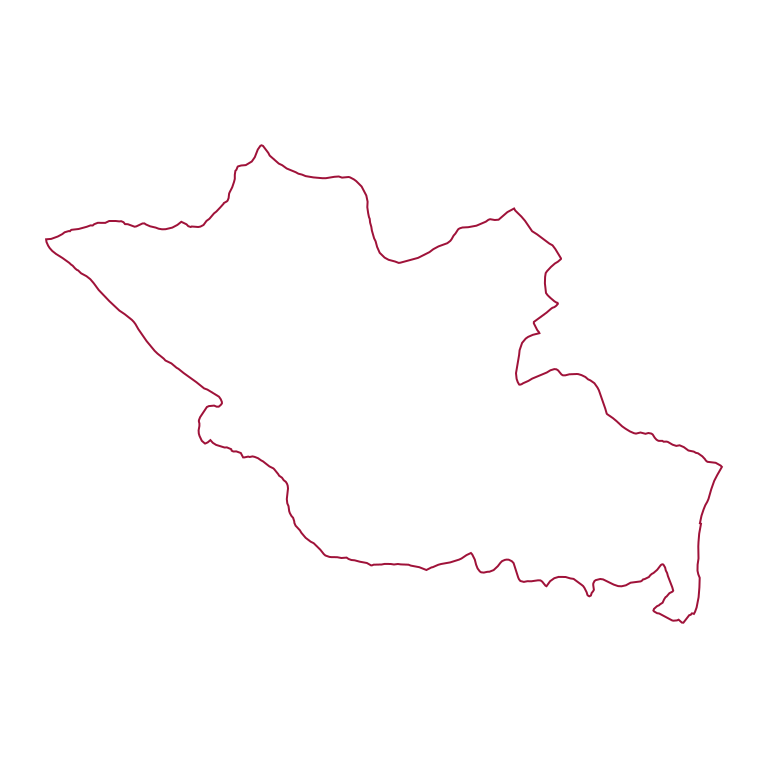 outline of Kerkebet, Anseba, Eritrea
{"feature_id": "51966322B98400180511849", "entity_name": "Kerkebet", "entity_type": "district", "adm_level": 2, "iso_a3": "ERI", "parent_name": "Eritrea", "parent_adm1": "Anseba", "projection": "robinson", "projection_center": [37.597, 16.113], "detail": "fine", "context": "isolated", "style": "outline", "palette": "rose", "viewbox_px": 768, "rotation_deg": 0, "n_neighbors": 0, "source": "geoboundaries", "source_scale": "gbopen_adm2", "svg_char_len": 6095}
<svg xmlns="http://www.w3.org/2000/svg" viewBox="0 0 768 768"><path d="M514.1,208.5L507.4,212.1L498.6,219.7L494.8,220.0L490.1,219.2L488.4,219.8L485.8,221.7L476.4,225.7L468.2,227.2L462.5,227.5L460.1,228.2L458.5,229.0L457.9,229.7L455.4,233.6L453.6,235.6L451.6,239.2L450.3,240.9L447.3,243.2L438.5,246.4L433.3,249.2L429.5,252.1L418.0,257.9L400.3,262.7L398.7,262.9L395.0,261.5L388.6,259.8L384.6,257.6L379.7,252.8L377.1,246.9L375.6,241.3L374.1,238.3L371.9,230.6L371.3,226.8L370.1,222.6L369.7,218.8L369.0,217.2L368.2,213.4L367.3,207.2L367.6,201.7L366.3,195.5L361.6,186.5L356.2,181.1L353.9,179.4L350.1,177.4L348.7,177.0L342.0,177.6L338.8,176.5L334.4,176.8L325.8,178.2L322.4,178.2L313.4,177.4L305.6,176.1L302.0,174.6L298.4,173.7L295.7,172.2L286.7,168.5L282.2,165.2L278.8,163.6L269.7,155.6L268.3,152.9L263.0,145.9L261.5,145.3L260.4,145.8L257.8,149.5L254.8,157.2L251.8,161.5L245.8,165.1L241.1,165.5L238.0,166.4L237.5,167.0L236.4,169.8L235.4,170.8L234.8,174.8L234.8,178.9L234.0,182.0L232.2,187.3L229.6,192.4L229.1,193.7L228.6,198.1L227.6,200.6L226.8,201.4L223.8,203.1L223.6,203.7L220.0,207.7L216.4,211.5L214.0,213.4L209.4,218.8L206.5,220.9L203.5,225.0L200.4,226.6L198.2,227.0L191.7,226.5L190.8,227.0L188.3,226.2L186.5,224.3L181.3,221.8L177.4,224.9L172.3,227.6L165.6,229.2L162.1,229.3L158.6,228.7L155.7,227.6L150.1,226.3L146.0,224.5L144.4,223.4L142.4,223.5L136.3,226.4L134.6,226.7L127.8,224.2L125.0,224.1L123.5,222.2L121.2,221.2L119.2,221.4L115.8,221.0L109.2,221.0L105.2,222.9L97.8,222.8L94.2,224.2L92.7,225.5L90.5,225.4L86.7,226.8L78.6,229.0L71.6,229.8L70.7,230.3L70.0,231.2L68.6,231.1L64.6,232.3L62.3,234.1L57.8,236.5L51.2,238.9L46.1,239.3L46.5,242.0L48.1,245.6L49.7,248.1L52.3,251.0L56.1,254.0L62.5,258.0L69.3,262.9L71.2,264.7L72.6,265.6L75.1,268.4L76.9,269.9L78.1,270.4L81.1,273.3L86.5,276.2L90.3,279.2L93.8,283.3L98.7,290.0L109.3,301.1L119.4,310.6L124.6,314.1L131.9,319.9L133.8,321.9L135.5,324.2L138.3,329.1L146.6,341.1L154.6,350.8L157.5,353.6L163.8,358.7L165.4,360.5L171.4,363.4L176.6,367.8L178.4,368.8L183.6,373.0L196.4,382.2L204.1,388.4L207.4,389.6L219.0,396.7L220.8,399.3L221.9,402.0L221.9,403.5L220.7,405.0L218.7,406.7L216.7,406.7L214.1,405.6L208.9,406.1L206.9,407.0L200.1,417.2L198.9,420.3L198.9,421.6L199.4,423.4L199.4,426.0L198.6,430.4L198.8,433.5L199.5,435.9L201.8,440.8L204.9,443.5L205.3,443.5L207.7,442.4L210.4,440.1L212.8,442.8L216.1,444.9L224.5,447.5L226.9,447.4L231.2,449.2L231.7,450.7L232.7,451.2L233.4,451.5L236.3,451.4L240.8,453.0L243.1,457.4L244.4,457.4L248.2,456.6L249.7,457.0L252.5,456.4L254.7,456.9L258.0,458.2L261.3,460.5L262.9,461.3L269.4,466.4L273.4,468.4L274.2,469.2L278.4,474.4L279.0,475.6L282.0,477.7L283.7,480.2L285.8,481.8L287.0,483.7L287.7,485.7L288.0,488.5L286.8,499.1L287.3,503.4L288.5,506.1L289.2,511.2L289.9,513.2L291.4,515.9L293.1,517.8L294.2,521.2L294.4,523.0L295.6,525.7L299.9,530.3L301.3,532.7L305.6,537.8L310.7,541.7L313.7,543.2L320.4,549.8L323.8,554.1L325.4,555.5L329.4,556.9L331.2,557.1L337.2,557.2L341.4,558.0L346.6,557.6L348.6,559.0L351.4,560.0L354.6,560.3L359.8,561.7L366.9,563.0L371.1,565.4L372.2,565.3L373.6,564.7L381.6,564.5L384.7,563.9L390.8,564.0L394.0,564.5L397.9,564.0L400.8,564.4L408.5,564.7L410.8,565.6L419.3,567.2L426.4,570.0L431.5,567.4L432.7,567.2L438.2,564.8L441.1,564.0L450.2,562.4L459.1,559.6L461.5,558.5L466.5,555.1L470.9,553.0L472.2,554.4L474.8,559.6L476.1,564.7L477.6,568.5L479.8,571.4L481.1,572.3L483.8,572.6L487.4,571.8L489.5,571.7L493.6,570.1L497.8,566.2L500.5,562.7L502.1,561.1L504.9,559.9L506.7,559.6L508.7,559.7L511.8,561.2L513.6,563.1L518.2,577.5L519.0,579.3L520.4,581.0L523.9,581.9L527.4,581.2L531.2,581.3L538.1,580.3L540.5,580.4L542.2,581.6L545.5,585.7L546.5,586.2L550.1,581.2L554.3,578.2L558.6,576.9L565.6,577.0L570.3,578.4L573.6,578.9L581.6,584.8L583.2,586.1L584.5,588.0L586.7,592.4L587.4,594.9L588.4,595.9L589.4,596.3L590.9,595.5L591.7,592.9L593.0,591.4L593.9,589.8L593.2,584.9L593.3,583.4L594.5,581.0L595.8,580.1L600.2,579.0L603.1,579.4L613.7,584.6L618.1,586.1L621.5,586.3L625.9,585.3L630.6,582.7L640.7,581.4L641.9,580.7L643.1,579.4L644.6,579.1L648.9,577.0L650.2,575.3L651.8,573.9L653.5,573.0L657.2,569.8L660.8,565.1L661.7,564.5L662.8,564.3L663.5,564.8L665.1,567.5L665.8,570.5L667.1,573.0L667.9,576.0L672.3,587.4L673.2,590.7L672.5,591.6L669.4,593.2L666.5,596.6L665.6,597.1L664.1,599.4L662.6,602.7L659.8,604.5L659.2,605.2L657.0,606.2L654.0,608.9L653.4,610.6L654.2,611.5L657.1,613.2L659.2,613.5L672.1,620.4L673.3,620.7L677.0,620.4L678.6,619.7L681.9,622.6L683.4,622.7L689.2,615.2L690.7,614.8L691.8,613.4L693.0,613.5L693.9,613.9L695.0,611.9L696.6,607.5L698.6,597.2L699.4,587.4L699.7,577.8L698.3,574.3L697.5,570.7L697.6,564.7L698.5,558.5L698.3,546.4L698.5,542.0L699.2,533.6L701.0,523.7L699.9,523.3L701.5,515.7L703.6,509.4L705.3,505.2L707.3,501.7L708.5,498.9L711.2,489.4L714.2,480.9L717.2,475.1L721.9,466.9L720.7,465.6L715.7,462.8L707.4,461.8L705.8,460.5L705.0,459.2L702.3,456.3L698.0,453.3L695.8,452.8L693.8,451.6L688.4,450.5L683.8,447.1L679.6,445.3L676.3,445.9L672.6,444.7L667.8,441.9L666.4,441.6L663.6,441.7L662.4,440.9L658.9,440.9L658.0,440.6L656.5,439.7L654.7,437.7L652.7,434.5L651.4,433.6L648.4,433.0L645.5,433.8L640.5,432.5L636.0,433.6L634.0,433.2L629.9,431.4L625.5,428.7L622.1,426.3L616.5,421.1L612.9,418.1L607.2,414.2L606.7,413.6L605.3,408.7L598.9,390.3L597.5,387.6L594.4,383.2L590.4,380.4L588.0,379.3L585.4,377.0L581.5,375.1L578.2,374.1L576.8,374.0L569.4,374.3L565.4,375.3L562.9,375.3L561.5,374.5L558.1,370.4L556.4,369.3L554.3,369.1L550.4,370.3L546.8,372.5L532.2,378.6L528.4,380.9L523.2,383.2L521.6,384.2L519.9,384.7L519.1,384.5L517.7,382.0L516.6,378.8L516.0,373.2L519.1,355.0L519.6,350.2L522.1,342.9L525.7,338.6L528.1,336.9L532.9,334.8L539.4,333.2L539.1,332.4L537.2,330.0L533.8,323.3L533.9,321.9L546.6,312.6L551.0,308.8L552.4,307.8L554.4,307.1L556.3,305.7L557.9,303.8L557.5,302.8L556.7,302.7L554.4,301.3L550.4,297.9L547.7,295.3L546.0,293.0L544.9,283.3L545.1,276.9L545.7,273.1L547.0,271.2L551.0,266.9L554.9,263.5L557.9,261.7L560.2,259.7L560.9,259.1L561.0,258.4L555.3,249.0L552.5,245.3L549.4,243.6L537.0,234.3L532.1,231.2L525.0,220.8L521.5,216.7L515.2,210.5L514.1,208.5Z" fill="none" stroke="#9f1239" stroke-width="2"/></svg>